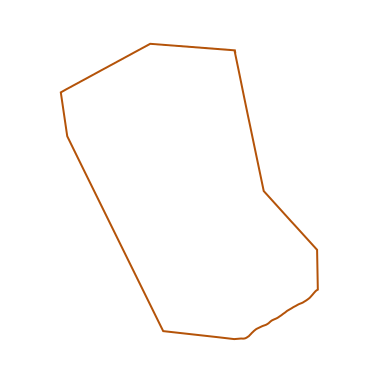 Chamical, La Rioja, Argentina (orthographic projection), rotated 261°
{"feature_id": "61730980B75694434489660", "entity_name": "Chamical", "entity_type": "district", "adm_level": 2, "iso_a3": "ARG", "parent_name": "Argentina", "parent_adm1": "La Rioja", "projection": "orthographic", "projection_center": [-66.28, -30.177], "detail": "fine", "context": "isolated", "style": "outline", "palette": "amber", "viewbox_px": 384, "rotation_deg": 261, "n_neighbors": 0, "source": "geoboundaries", "source_scale": "gbopen_adm2", "svg_char_len": 1237}
<svg xmlns="http://www.w3.org/2000/svg" viewBox="0 0 384 384"><g transform="rotate(261 192 192)"><path d="M310.9,78.0L266.6,77.5L253.9,81.4L232.8,87.9L64.5,140.1L59.1,141.8L44.5,195.0L40.1,210.7L40.0,212.1L39.9,213.5L39.8,214.9L39.7,216.3L39.6,217.6L39.3,219.0L39.1,220.4L39.2,221.8L39.6,223.1L40.2,224.4L40.8,225.7L41.7,226.8L42.5,227.9L43.4,229.0L44.2,230.2L45.0,231.3L45.7,232.5L46.4,233.7L46.9,235.0L47.3,236.4L47.7,237.7L48.1,239.0L48.5,240.4L48.8,241.8L49.0,243.1L49.3,244.5L49.8,245.8L50.4,247.1L51.2,248.3L51.9,249.4L52.6,250.7L53.0,252.0L53.4,253.4L53.7,254.7L54.1,256.1L54.6,257.4L55.2,258.6L55.8,259.9L56.4,261.2L57.1,262.4L57.7,263.6L58.3,264.9L59.0,266.1L59.7,267.3L60.2,268.6L60.7,269.9L61.2,271.2L61.7,272.5L62.3,273.8L62.8,275.2L63.2,276.5L63.7,277.8L64.2,279.1L64.6,280.4L64.9,281.8L65.2,283.2L65.6,284.5L66.2,285.8L66.7,287.1L67.3,288.4L67.9,289.6L68.6,290.9L69.3,292.0L70.2,293.1L71.1,294.2L72.0,295.3L72.9,296.3L73.8,297.4L74.7,298.5L75.4,299.7L75.9,301.0L115.3,306.5L142.0,289.0L148.0,285.0L181.7,263.0L251.0,259.6L258.5,259.2L279.9,258.2L300.4,257.3L300.5,257.3L323.6,256.2L323.5,256.5L325.2,256.5L344.9,173.9L326.3,121.2L323.2,112.5L313.1,83.9L310.9,78.0Z" fill="none" stroke="#b45309" stroke-width="2"/></g></svg>